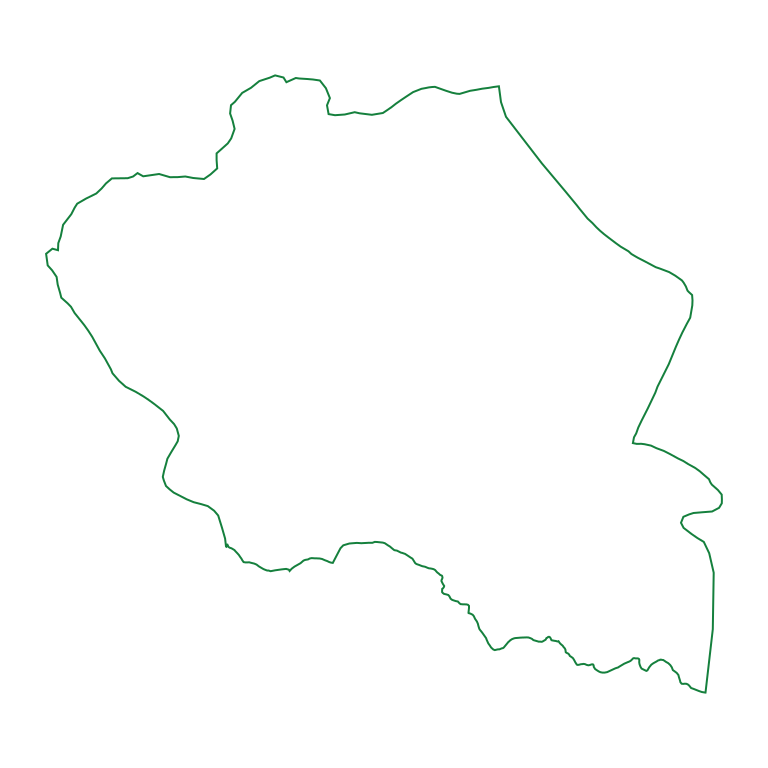 Khoune, Xiangkhoang, Laos
{"feature_id": "54806243B13600000049447", "entity_name": "Khoune", "entity_type": "district", "adm_level": 2, "iso_a3": "LAO", "parent_name": "Laos", "parent_adm1": "Xiangkhoang", "projection": "natural_earth1", "projection_center": [103.534, 19.269], "detail": "fine", "context": "isolated", "style": "outline", "palette": "green", "viewbox_px": 768, "rotation_deg": 0, "n_neighbors": 0, "source": "geoboundaries", "source_scale": "gbopen_adm2", "svg_char_len": 6045}
<svg xmlns="http://www.w3.org/2000/svg" viewBox="0 0 768 768"><path d="M434.0,86.9L432.2,87.0L428.8,87.4L425.4,88.1L421.5,88.8L413.1,92.1L406.1,96.7L400.9,100.2L395.9,103.7L391.7,107.0L386.8,110.4L382.9,113.0L371.9,114.8L359.6,113.3L354.7,112.2L344.8,114.5L335.0,115.2L328.6,114.1L327.0,105.3L329.9,98.1L325.9,88.2L319.9,80.5L313.0,79.5L307.1,79.0L299.2,78.5L295.8,78.0L286.4,82.2L283.5,77.5L275.1,75.4L269.7,77.7L259.3,81.1L251.0,87.8L242.2,92.9L234.9,101.8L231.0,105.2L230.1,113.5L232.6,120.7L234.6,128.9L231.2,138.4L227.8,143.4L216.6,153.4L216.6,160.1L217.2,168.4L210.4,174.5L204.0,179.0L193.2,178.0L185.3,176.5L177.9,177.1L170.0,177.2L159.1,174.0L143.2,176.3L137.5,173.1L133.1,176.5L127.7,178.2L111.9,178.4L106.0,183.4L101.6,188.5L96.3,193.5L86.0,198.6L77.2,203.7L74.7,207.6L71.3,214.2L63.1,224.8L60.7,236.5L58.3,243.1L58.0,250.2L52.4,248.7L46.1,253.8L47.7,265.4L52.1,270.3L56.6,276.9L57.7,284.6L60.1,292.9L61.3,297.7L67.6,303.3L71.0,306.8L74.6,313.0L84.2,325.0L88.2,330.6L92.2,336.8L99.8,350.7L104.9,358.4L110.9,369.3L112.5,373.3L119.0,380.8L125.7,386.8L135.7,391.8L143.6,396.5L148.5,399.8L154.0,403.8L163.1,410.9L169.8,419.5L174.1,424.1L176.8,428.5L178.8,435.9L177.7,441.3L175.5,445.1L171.3,452.0L167.4,458.7L166.1,463.7L164.1,470.8L162.8,476.9L163.9,480.6L166.0,486.0L169.7,489.4L173.7,492.6L186.7,499.3L193.7,502.2L201.1,504.1L207.8,506.1L214.1,510.7L218.2,515.5L222.1,528.1L225.1,538.6L226.0,546.5L226.3,546.7L226.5,546.3L226.7,545.6L226.9,544.8L227.1,544.6L227.4,544.6L228.0,545.8L228.3,546.8L229.7,547.7L231.5,548.3L233.0,549.2L234.5,550.1L235.2,551.0L237.2,553.1L238.9,555.0L240.0,556.7L241.4,558.6L242.2,560.1L243.6,562.1L244.4,562.2L245.2,562.4L247.3,562.4L249.2,562.3L251.4,562.9L254.3,563.6L256.6,564.6L258.9,566.4L261.6,568.0L263.5,569.1L265.7,570.0L267.1,570.5L268.5,570.5L270.6,571.2L275.2,570.3L281.6,569.4L286.1,568.9L288.9,569.7L289.6,571.0L289.7,570.9L291.7,568.7L294.5,566.6L300.5,563.2L303.5,560.6L305.2,559.9L308.1,559.4L309.7,558.5L311.7,558.1L314.4,558.3L315.7,558.3L319.7,558.5L322.1,559.0L324.8,560.2L327.3,561.1L329.1,562.0L330.9,562.6L332.8,562.9L337.6,553.7L340.5,548.2L343.3,545.3L349.4,543.5L356.8,542.9L361.3,543.2L368.6,542.8L372.4,542.8L374.8,541.9L377.0,542.0L380.8,542.4L382.8,542.6L384.8,543.2L388.2,545.5L389.9,546.5L392.0,548.3L394.1,550.0L394.5,550.2L396.9,550.6L401.1,552.7L401.9,552.8L403.9,553.5L405.1,553.9L406.0,554.5L408.3,556.0L410.8,557.7L411.6,558.1L412.5,558.8L412.9,559.4L415.2,563.1L416.4,564.0L417.8,564.5L419.0,564.9L421.0,565.7L422.3,566.2L423.9,566.5L425.2,566.8L427.5,567.8L428.9,568.3L430.7,568.5L432.2,568.8L433.7,569.2L435.2,570.1L436.2,571.3L437.2,572.4L438.9,573.7L440.0,574.8L441.9,575.7L442.2,576.2L442.5,577.7L442.2,578.7L441.5,580.2L441.5,581.2L442.8,583.8L444.2,586.0L443.8,587.2L443.0,588.3L442.2,588.9L442.1,590.8L442.1,592.1L442.9,593.1L443.6,593.5L444.0,593.9L446.3,594.4L448.3,595.0L449.4,596.3L450.6,598.7L452.2,599.9L455.8,601.1L457.9,601.5L459.1,602.9L460.5,604.1L462.6,604.3L466.5,604.4L468.0,604.8L469.0,605.9L469.0,608.0L468.5,612.7L468.6,613.1L470.4,613.6L472.6,614.7L473.8,616.1L475.1,618.9L476.9,621.5L477.9,623.8L478.4,625.9L479.1,628.2L479.6,629.4L482.1,632.5L486.2,638.3L486.5,639.4L488.3,643.4L489.7,645.3L491.1,647.5L493.3,649.5L494.8,650.1L497.7,649.4L499.5,649.3L500.5,648.9L501.6,648.4L503.0,648.1L503.8,647.5L508.6,641.7L509.2,641.4L510.1,640.4L512.1,639.1L513.9,638.4L515.1,638.1L521.0,637.6L526.7,637.4L528.5,637.5L530.5,638.2L532.0,638.9L533.4,640.1L538.9,641.7L539.9,641.6L541.4,641.8L542.0,641.7L542.4,641.6L545.6,639.7L546.5,638.0L547.4,637.7L547.7,637.3L548.3,636.9L549.1,636.8L550.0,637.3L550.5,638.1L551.0,639.2L551.5,640.2L552.3,640.4L554.5,640.8L555.9,641.0L557.5,641.5L558.0,641.4L558.5,641.2L559.8,643.1L561.0,644.3L562.7,645.7L563.4,646.8L564.8,648.4L565.4,649.6L565.6,651.1L565.8,652.3L566.9,653.0L568.2,653.6L569.1,654.5L569.8,655.9L571.6,657.1L573.0,658.2L574.3,660.3L575.2,662.1L576.2,663.7L576.8,664.6L577.6,664.9L578.8,664.8L581.0,664.2L582.4,664.1L583.3,663.9L584.9,664.1L586.7,664.9L588.3,665.3L589.5,665.1L590.5,664.8L591.2,664.5L592.3,664.3L592.6,664.5L593.1,664.5L593.6,665.3L593.8,666.9L595.1,669.0L596.8,670.2L598.7,671.4L600.4,672.2L602.5,672.6L604.6,672.6L607.2,672.1L615.4,668.3L618.2,667.4L619.0,666.8L624.2,663.7L628.1,662.0L628.6,661.9L628.9,661.7L630.5,660.9L631.3,660.2L633.2,658.3L634.1,658.1L635.6,658.4L637.9,658.4L638.9,658.9L639.3,659.8L639.3,661.0L639.2,662.1L639.5,664.1L640.5,666.8L641.6,668.6L646.3,670.9L647.4,670.4L649.2,667.3L651.3,664.7L653.4,663.2L656.5,661.5L658.2,660.4L659.9,660.0L660.2,659.7L661.3,659.7L661.9,659.9L663.2,660.0L664.3,660.7L666.0,661.9L668.3,663.2L670.3,665.1L671.8,667.3L672.8,669.9L672.9,670.1L674.6,671.3L676.7,672.9L678.4,675.0L678.9,677.0L680.0,680.5L680.4,682.2L681.6,683.7L683.2,683.9L684.7,683.7L686.4,683.8L687.8,684.4L689.1,685.5L689.9,686.5L691.1,688.0L693.6,688.9L698.9,691.0L701.8,692.0L705.3,692.6L705.5,692.6L712.8,629.2L713.7,572.7L709.2,553.2L703.8,541.9L697.5,538.1L691.7,534.1L683.6,527.9L681.0,522.8L683.4,516.8L689.1,514.4L693.5,513.0L703.0,512.2L712.1,511.5L719.1,507.8L721.8,503.3L721.9,499.4L721.7,494.6L717.9,490.0L711.8,484.6L710.3,482.3L709.0,479.2L703.6,474.6L699.7,471.2L695.1,467.9L688.2,464.1L683.3,461.0L678.1,458.5L669.7,453.9L663.8,450.9L656.5,448.2L651.0,445.6L644.5,444.2L641.2,443.8L636.8,443.9L632.9,443.1L634.0,437.3L636.2,433.4L638.3,427.5L641.6,420.6L647.8,408.4L655.3,392.7L657.5,386.7L660.8,380.1L668.8,364.1L675.8,347.0L678.9,339.9L682.3,332.6L686.9,323.7L690.2,317.7L692.3,305.4L692.5,300.3L692.1,295.0L688.8,292.0L687.5,290.6L685.9,286.5L683.6,282.6L681.9,280.4L675.3,275.7L669.2,272.1L659.7,268.5L655.8,267.2L644.9,261.4L637.9,257.8L635.1,256.2L631.4,254.0L628.5,251.3L620.6,246.6L615.9,243.2L608.9,237.9L604.1,234.2L600.0,230.7L596.4,227.3L592.4,223.0L587.6,218.6L579.4,208.6L577.0,205.5L565.3,191.3L541.8,163.3L506.0,116.8L501.0,102.1L498.9,86.3L493.6,87.0L488.5,87.9L482.2,88.7L476.4,89.8L470.1,90.8L459.6,93.9L456.8,93.7L452.0,92.7L445.8,90.7L438.2,88.0L435.1,86.9L434.0,86.9Z" fill="none" stroke="#15803d" stroke-width="2"/></svg>